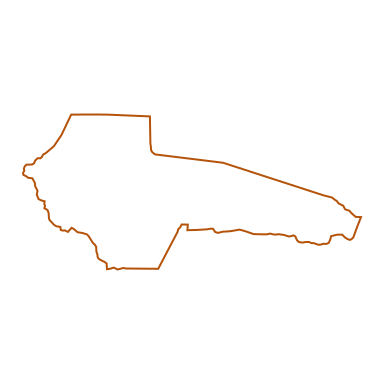 the district of Angicos, Rio Grande do Norte, Brazil
{"feature_id": "56859067B90087900248405", "entity_name": "Angicos", "entity_type": "district", "adm_level": 2, "iso_a3": "BRA", "parent_name": "Brazil", "parent_adm1": "Rio Grande do Norte", "projection": "orthographic", "projection_center": [-36.539, -5.642], "detail": "fine", "context": "isolated", "style": "outline", "palette": "amber", "viewbox_px": 384, "rotation_deg": 0, "n_neighbors": 0, "source": "geoboundaries", "source_scale": "gbopen_adm2", "svg_char_len": 1858}
<svg xmlns="http://www.w3.org/2000/svg" viewBox="0 0 384 384"><path d="M71.2,114.6L61.4,135.1L53.8,146.3L45.8,153.1L43.1,154.6L42.0,156.8L40.4,158.3L37.7,158.2L35.4,160.3L34.0,163.4L32.0,164.5L26.4,164.7L24.8,166.3L23.9,168.6L24.3,170.7L23.0,173.0L23.4,174.9L26.3,176.3L28.2,177.8L32.4,178.3L34.9,183.0L35.2,186.3L37.5,190.7L36.8,194.8L38.6,199.1L41.6,200.5L44.6,201.3L44.3,203.7L45.0,205.8L44.4,208.2L47.5,210.0L48.6,212.8L48.9,217.4L49.3,219.7L51.9,222.5L54.1,224.9L56.4,226.3L60.3,226.9L60.8,230.0L62.9,230.6L65.0,230.4L67.9,231.9L71.6,227.8L73.9,229.1L77.5,232.2L82.5,233.0L86.7,234.3L88.4,235.8L93.1,243.2L94.8,244.6L96.2,246.9L96.4,251.6L97.4,254.4L97.6,256.9L98.7,258.8L100.6,260.0L104.3,261.8L106.6,263.4L107.0,269.2L110.3,268.7L113.7,267.6L117.7,269.5L120.2,268.8L123.5,268.0L126.0,268.5L158.2,268.8L177.6,231.8L178.2,229.3L180.1,227.4L181.7,224.5L187.8,224.6L187.4,230.2L189.8,230.1L195.9,230.0L202.6,229.6L207.2,229.3L211.1,228.6L213.0,228.8L215.2,232.0L218.0,232.9L222.7,231.7L228.0,231.4L231.1,231.1L239.6,229.6L245.9,231.4L253.6,234.1L261.5,234.3L267.0,234.3L270.1,233.6L272.9,234.3L275.2,234.6L279.3,234.2L281.2,234.6L283.9,234.9L286.3,235.7L288.9,236.5L291.5,236.0L293.5,235.4L295.4,236.5L296.9,240.1L298.9,242.0L302.6,242.6L305.6,242.0L309.0,242.0L311.5,243.1L313.8,243.1L316.7,244.2L318.8,244.8L320.8,244.6L323.3,243.8L326.5,243.9L328.8,242.8L330.3,239.3L331.2,236.1L335.5,235.1L337.4,234.6L340.1,234.7L342.2,234.7L344.8,237.3L347.2,238.9L349.7,239.9L351.5,239.2L353.3,237.4L357.0,227.3L361.0,217.1L355.7,216.9L353.2,214.7L350.8,212.5L349.5,210.8L345.1,209.3L343.2,205.7L338.7,203.5L336.7,200.9L335.0,199.9L332.0,197.5L324.1,195.5L317.2,193.3L223.2,162.8L208.0,160.9L155.0,154.4L152.3,152.2L151.1,150.2L150.8,146.2L150.4,143.6L149.9,116.4L145.1,116.2L106.8,114.6L93.6,114.5L71.2,114.6Z" fill="none" stroke="#b45309" stroke-width="2"/></svg>